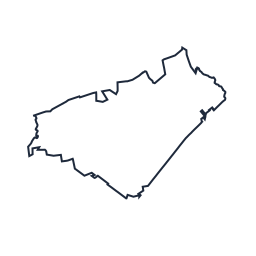 Victoria, Tamaulipas, Mexico, rotated 80°
{"feature_id": "50627088B11900040853895", "entity_name": "Victoria", "entity_type": "district", "adm_level": 2, "iso_a3": "MEX", "parent_name": "Mexico", "parent_adm1": "Tamaulipas", "projection": "albers", "projection_center": [-99.19, 23.69], "detail": "fine", "context": "isolated", "style": "outline", "palette": "slate", "viewbox_px": 256, "rotation_deg": 80, "n_neighbors": 0, "source": "geoboundaries", "source_scale": "gbopen_adm2", "svg_char_len": 4106}
<svg xmlns="http://www.w3.org/2000/svg" viewBox="0 0 256 256"><g transform="rotate(80 128 128)"><path d="M66.6,80.5L66.9,81.2L67.4,82.2L72.7,82.1L74.8,82.0L81.6,82.0L88.5,93.8L88.5,94.0L87.6,95.5L85.7,95.8L83.9,97.4L82.2,98.6L75.7,100.2L75.1,101.4L76.3,104.0L76.1,104.1L78.4,107.9L81.3,115.2L81.9,120.5L81.9,120.9L81.7,121.5L81.2,130.4L87.6,131.4L89.7,131.8L92.6,133.9L87.4,139.4L87.4,147.1L96.5,143.4L97.9,148.3L96.3,152.7L95.7,154.5L92.8,154.0L89.3,153.4L87.4,153.2L87.5,156.3L89.5,170.0L88.4,170.4L90.1,181.8L91.4,184.5L96.4,199.3L98.1,201.6L97.5,205.8L97.9,209.1L99.5,219.3L99.5,217.8L99.8,217.7L100.1,217.3L101.0,216.8L101.2,216.7L102.2,216.5L102.6,216.5L102.9,216.6L103.0,216.7L103.3,217.3L103.5,217.4L103.8,217.6L104.2,217.6L104.8,217.5L105.8,217.3L106.1,217.4L107.2,217.1L109.0,216.6L109.7,216.7L110.0,216.8L110.6,217.1L111.6,217.9L112.3,218.4L112.5,218.7L113.0,219.0L113.3,219.1L113.5,219.1L113.8,218.9L114.0,218.7L114.4,218.1L114.5,218.0L114.7,217.7L114.9,217.6L115.2,217.5L115.6,217.6L116.7,218.6L117.7,219.2L118.0,219.3L118.4,219.4L119.4,219.7L119.8,219.7L120.0,219.6L120.0,219.4L120.0,219.2L119.9,218.5L120.0,218.2L120.4,218.1L120.6,218.2L120.9,218.3L121.4,218.6L122.0,219.1L122.1,219.6L121.9,219.9L121.7,220.3L121.5,220.6L121.4,220.9L121.2,221.6L121.3,221.8L121.5,222.1L121.8,222.4L121.9,222.6L124.6,225.1L125.5,225.5L126.7,226.6L129.1,229.6L138.5,230.1L137.3,226.5L131.5,225.6L131.5,218.8L133.8,220.7L135.0,213.6L135.6,213.1L136.7,212.6L140.1,212.6L142.4,206.1L142.8,198.8L149.4,198.9L149.6,194.6L149.6,193.0L148.7,187.8L149.2,187.7L158.8,187.4L165.4,181.1L167.4,179.2L165.8,171.5L168.4,169.1L168.9,172.0L171.3,169.7L171.3,169.2L171.2,168.7L171.0,168.3L170.4,167.2L169.8,166.0L179.3,157.2L180.1,158.0L183.6,154.6L188.2,150.3L189.3,149.2L197.0,142.0L197.0,141.7L193.8,140.0L196.6,134.6L196.5,132.8L196.4,131.8L196.3,129.4L196.3,129.1L196.3,128.7L196.6,128.6L196.9,128.6L197.2,128.7L197.7,128.8L196.4,127.3L195.8,127.8L196.2,128.7L194.7,129.3L194.5,128.8L192.3,123.8L188.7,123.7L188.4,123.7L188.5,118.4L188.0,117.8L185.0,114.5L182.2,111.4L181.9,111.0L180.8,109.8L180.5,109.4L178.3,107.0L173.6,101.7L172.2,100.1L171.7,99.5L168.7,96.1L168.4,95.8L168.2,95.6L168.1,95.4L167.2,94.4L163.1,89.8L162.7,89.4L162.6,89.2L159.8,86.1L158.9,85.1L158.6,84.7L158.1,84.2L157.7,83.7L157.2,83.2L157.0,82.9L156.8,82.7L155.6,81.4L154.3,80.0L151.5,76.8L150.5,75.7L147.9,72.7L147.6,72.2L146.6,70.8L146.1,70.1L145.7,69.6L144.7,68.1L143.6,66.4L143.1,65.8L142.8,65.4L140.9,62.7L138.5,59.1L137.2,57.2L135.8,55.2L135.6,54.9L135.4,54.8L135.3,54.7L135.0,54.5L134.7,53.9L134.4,54.1L134.2,54.2L131.8,54.3L130.6,52.1L132.8,50.9L130.3,49.8L129.6,49.8L129.2,49.6L129.6,50.4L124.3,53.4L123.4,51.9L127.5,49.6L124.9,44.6L124.3,45.0L122.4,41.5L124.2,40.5L124.5,41.0L125.5,40.4L122.9,36.7L121.9,35.2L118.8,30.7L117.9,29.2L117.2,27.7L116.4,27.2L115.8,27.0L115.3,27.0L114.8,27.2L114.6,27.4L114.0,27.8L113.7,27.8L112.5,27.4L111.9,27.1L111.3,26.8L111.0,26.6L110.7,26.3L110.6,26.2L110.0,26.0L109.5,25.9L109.3,25.9L109.2,26.0L108.9,26.2L108.7,26.4L108.3,26.6L108.0,26.9L107.5,27.4L107.3,27.6L107.2,27.8L106.9,27.9L106.6,27.7L106.2,27.8L105.7,28.0L105.3,28.3L104.6,28.5L103.8,28.8L103.4,29.0L103.2,29.3L102.7,30.8L102.5,31.0L101.5,31.3L101.1,31.7L100.7,32.2L100.5,32.8L100.4,33.2L100.2,33.5L99.8,33.8L99.4,34.1L99.0,34.3L98.7,34.8L98.2,34.8L97.9,34.7L97.7,34.6L96.0,33.7L95.5,33.8L94.7,34.0L94.4,34.1L94.2,34.2L94.0,34.4L93.9,34.5L93.3,34.7L93.1,34.8L93.0,35.0L93.0,35.3L93.1,35.5L93.2,35.9L93.2,36.3L93.1,36.7L92.9,37.1L92.8,37.3L92.4,37.8L92.3,38.0L91.9,38.9L90.3,40.2L90.2,40.5L90.0,40.9L89.9,41.1L89.4,42.0L88.9,42.9L88.7,43.5L88.4,44.0L88.1,44.4L87.7,44.6L87.4,45.0L87.1,45.2L86.4,45.6L86.1,45.7L85.9,45.8L85.6,46.0L85.4,46.1L85.2,46.4L85.1,46.5L84.9,46.7L84.6,46.9L84.5,47.1L84.4,47.1L83.9,47.3L83.4,47.7L82.9,47.7L81.9,47.8L81.5,48.1L81.3,48.2L80.7,49.0L80.5,49.3L80.9,49.5L81.0,49.8L81.3,50.4L81.6,50.3L81.9,50.1L82.0,50.8L82.1,51.1L82.5,51.1L82.6,50.4L82.8,50.5L83.0,50.5L85.8,51.9L78.5,55.5L72.7,56.5L66.0,57.5L61.5,57.0L58.3,60.6L60.2,61.2L64.7,69.0L66.2,77.8L66.6,80.5Z" fill="none" stroke="#1e293b" stroke-width="2"/></g></svg>